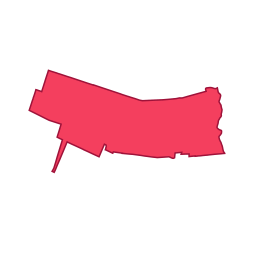 the district of Saveni, Ialomita, Romania, rotated 105°
{"feature_id": "2599482B28938319747198", "entity_name": "Saveni", "entity_type": "district", "adm_level": 2, "iso_a3": "ROU", "parent_name": "Romania", "parent_adm1": "Ialomita", "projection": "natural_earth1", "projection_center": [27.639, 44.552], "detail": "fine", "context": "isolated", "style": "filled", "palette": "rose", "viewbox_px": 256, "rotation_deg": 105, "n_neighbors": 0, "source": "geoboundaries", "source_scale": "gbopen_adm2", "svg_char_len": 3321}
<svg xmlns="http://www.w3.org/2000/svg" viewBox="0 0 256 256"><g transform="rotate(105 128 128)"><path d="M92.9,219.7L93.0,219.7L93.5,219.8L93.8,219.8L94.0,219.8L94.6,219.8L95.1,219.8L95.3,219.8L96.5,219.9L99.9,220.1L102.0,220.2L104.0,220.3L105.4,220.3L106.4,220.4L109.4,220.5L113.0,220.7L115.2,220.8L115.0,222.9L115.0,223.5L114.8,225.7L114.8,226.9L116.7,226.9L118.6,227.0L118.8,227.0L120.6,227.1L122.1,227.2L122.9,227.3L124.5,227.3L126.8,227.5L129.0,227.6L132.8,227.8L136.5,228.0L137.1,225.1L137.7,222.1L139.1,215.2L140.3,209.5L141.0,205.9L141.0,205.4L141.3,199.5L141.6,193.6L148.4,193.8L155.2,194.1L155.8,191.2L156.3,188.3L165.4,188.6L174.4,188.9L180.0,189.0L185.7,189.2L187.6,189.6L189.5,190.1L189.7,189.0L189.9,187.9L189.7,187.9L189.4,187.7L186.3,187.2L182.2,186.7L175.1,185.6L174.9,185.6L166.1,184.4L157.2,183.2L158.0,178.9L158.7,174.7L159.5,170.0L159.7,168.8L160.0,167.2L160.3,165.5L160.4,165.4L161.2,160.5L162.1,155.5L163.3,148.5L149.8,146.6L150.2,144.7L151.7,144.2L151.9,144.2L153.2,144.3L153.6,144.2L154.9,144.3L154.9,143.9L156.3,136.4L156.3,136.2L155.4,136.1L154.9,136.0L154.0,128.8L153.8,127.0L154.0,127.0L152.9,120.4L152.2,116.7L151.5,111.3L151.1,108.2L150.8,105.0L150.5,102.9L149.8,97.4L149.2,93.6L149.0,92.1L146.7,85.4L145.2,81.0L145.2,80.8L145.2,80.6L145.3,80.4L145.3,79.8L145.5,79.1L145.7,77.4L145.6,76.5L145.3,76.0L144.7,75.3L142.3,75.7L141.0,75.9L139.9,76.0L137.6,69.8L139.6,69.9L138.4,66.1L137.3,62.3L139.8,61.6L138.7,58.8L138.1,57.2L137.6,55.9L137.9,55.8L137.3,54.1L136.7,52.7L136.3,51.4L135.8,50.1L135.3,48.9L134.7,47.3L134.1,45.7L133.7,44.5L132.8,42.3L130.8,37.1L128.7,31.2L128.4,30.5L128.0,29.4L127.5,28.0L127.3,28.1L127.0,28.5L126.3,29.4L125.5,30.0L123.9,30.9L122.0,31.8L120.3,32.8L119.8,33.3L118.9,33.8L117.9,34.5L117.0,35.3L116.3,36.0L115.2,36.8L114.3,37.3L113.5,37.7L113.1,37.9L112.6,37.9L111.3,37.3L110.9,37.1L110.5,36.9L110.2,36.8L109.5,36.6L108.8,36.4L107.1,36.7L106.4,37.0L106.2,37.3L106.1,38.1L106.0,39.3L105.8,40.1L105.5,40.7L105.2,41.4L104.7,41.9L104.3,42.2L103.8,42.3L102.2,42.3L101.4,42.3L100.7,42.2L99.6,42.3L98.0,42.5L97.2,42.5L96.3,42.3L95.8,42.1L95.5,42.0L95.0,42.0L94.4,41.8L93.9,41.5L93.2,41.2L92.7,41.1L92.1,41.0L91.7,41.1L90.8,41.5L90.1,41.6L89.3,41.6L88.5,41.6L87.5,41.7L86.7,41.8L86.2,41.9L85.6,42.1L85.1,42.5L84.2,43.0L83.6,43.3L83.2,43.5L82.7,43.8L82.3,43.9L82.0,44.0L81.7,44.3L81.2,44.7L80.9,45.2L80.4,45.6L79.9,46.1L79.5,46.5L79.2,46.8L78.8,46.9L78.4,47.0L77.7,46.9L76.5,46.8L75.1,46.8L74.0,46.8L73.2,46.8L72.7,46.9L72.2,47.1L71.9,47.4L71.6,47.7L71.2,48.3L70.9,49.0L70.6,49.5L70.3,49.8L69.7,50.3L68.7,50.8L66.1,52.1L66.5,52.6L66.9,53.0L67.3,53.5L67.4,54.1L67.5,54.9L67.5,55.6L67.4,56.0L67.4,56.7L67.4,57.7L67.5,58.4L67.6,58.8L67.9,59.8L67.9,60.0L68.5,61.2L68.8,62.2L69.1,62.6L69.3,62.9L69.5,63.1L69.8,63.2L70.1,63.1L70.4,63.1L70.7,63.0L72.1,62.1L72.3,62.0L74.9,66.4L82.3,79.0L82.5,79.3L84.9,83.3L85.0,83.5L85.6,85.8L85.7,86.3L85.9,86.6L86.5,87.8L87.2,89.2L89.7,95.9L91.8,101.8L94.4,110.1L97.9,121.1L98.1,123.8L98.1,124.2L97.8,128.7L97.6,134.1L97.5,135.5L97.5,136.7L97.4,138.4L97.2,142.3L97.0,144.3L95.9,162.8L95.3,172.3L95.5,172.3L95.2,178.6L95.0,181.9L94.7,186.9L94.3,193.4L94.1,196.5L94.0,199.6L93.8,202.7L93.7,204.6L93.5,208.0L93.5,209.2L93.4,210.3L93.3,211.4L93.3,211.6L93.2,214.0L93.1,216.6L92.9,219.7Z" fill="#f43f5e" stroke="#9f1239" stroke-width="1.5"/></g></svg>